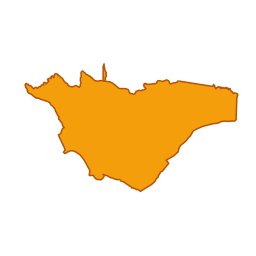 the district of Basoko, Orientale, Democratic Republic of the Congo, rotated 6°
{"feature_id": "63176286B83726148102259", "entity_name": "Basoko", "entity_type": "district", "adm_level": 2, "iso_a3": "COD", "parent_name": "Democratic Republic of the Congo", "parent_adm1": "Orientale", "projection": "orthographic", "projection_center": [23.828, 1.677], "detail": "fine", "context": "isolated", "style": "filled", "palette": "amber", "viewbox_px": 256, "rotation_deg": 6, "n_neighbors": 0, "source": "geoboundaries", "source_scale": "gbopen_adm2", "svg_char_len": 5535}
<svg xmlns="http://www.w3.org/2000/svg" viewBox="0 0 256 256"><g transform="rotate(6 128 128)"><path d="M97.7,66.3L96.8,69.4L97.2,72.7L98.3,83.7L95.5,83.7L94.6,84.0L93.6,84.5L92.5,84.5L91.5,84.5L90.2,84.4L89.0,83.7L88.5,83.1L87.7,82.8L87.2,82.0L86.7,81.9L85.9,81.2L85.4,81.1L85.1,80.6L84.8,80.4L84.1,80.5L83.7,80.2L82.0,79.2L80.9,79.0L80.4,78.8L79.9,78.3L79.7,77.9L78.3,77.1L77.2,76.2L76.8,76.1L76.3,76.4L75.8,77.0L75.5,78.0L75.6,79.2L76.1,81.1L76.0,82.4L75.5,83.0L75.4,83.6L75.7,84.9L75.6,85.9L76.6,88.2L76.2,88.8L76.0,90.1L76.2,91.2L75.7,91.8L75.4,92.6L71.9,91.2L70.6,91.7L68.6,92.9L66.6,92.9L65.2,92.3L64.7,92.3L63.8,91.7L63.7,91.0L63.4,90.6L62.9,90.1L61.9,90.1L61.2,89.3L59.8,88.5L59.6,88.3L59.2,87.5L58.5,86.9L58.1,86.0L57.6,85.5L57.0,85.2L56.3,85.0L55.1,83.8L54.2,83.5L53.6,82.9L52.9,82.8L52.8,82.1L52.2,82.0L51.2,81.5L50.4,81.5L50.0,81.7L49.7,82.2L49.2,82.6L48.9,84.0L49.2,85.0L48.7,85.4L48.4,85.2L47.3,84.2L46.7,84.3L46.2,84.8L46.1,85.2L46.5,86.4L46.4,86.7L45.0,86.5L44.5,86.8L43.8,87.5L43.3,87.6L43.0,88.0L42.9,88.4L42.9,88.6L44.0,89.2L44.0,89.4L44.2,89.7L44.2,90.1L44.1,90.3L43.3,90.7L43.0,91.1L42.5,92.0L42.1,92.4L41.6,92.4L41.1,91.8L40.5,91.4L39.8,91.4L39.6,91.6L39.2,92.3L39.4,93.1L39.4,93.9L39.0,94.3L38.1,94.1L37.8,94.2L37.3,94.6L36.6,96.1L36.2,96.2L35.4,96.3L35.0,96.5L34.3,97.4L33.7,97.9L32.2,97.2L31.6,97.3L30.6,98.4L30.1,98.8L29.7,98.7L28.4,97.3L27.6,96.8L27.0,96.2L26.3,95.9L25.2,96.0L24.9,95.9L24.3,95.1L24.0,94.9L23.0,94.9L22.3,94.3L21.7,94.6L21.2,96.0L21.3,96.4L21.6,97.2L21.9,97.5L22.1,98.4L23.3,99.6L23.8,100.2L24.4,101.8L24.0,101.9L24.9,103.2L25.6,103.7L27.2,104.3L27.9,104.2L28.4,104.7L29.7,105.4L30.6,106.2L31.4,106.5L32.2,107.2L32.9,107.3L33.7,107.9L34.2,107.7L35.4,107.8L35.5,107.6L38.6,108.7L39.5,108.8L45.4,110.1L47.8,111.2L48.9,113.2L50.6,114.0L53.4,116.7L54.2,119.0L55.1,120.0L56.1,121.4L56.2,122.0L56.8,122.9L57.9,123.6L58.1,124.1L57.8,125.1L58.4,126.7L59.7,127.5L60.1,128.5L61.4,129.4L61.9,130.1L62.4,131.3L62.6,132.2L63.0,132.5L63.1,133.0L63.6,133.3L64.4,134.3L63.5,134.8L62.9,135.5L62.2,137.9L62.0,139.2L61.6,140.5L60.6,141.3L59.5,142.3L67.1,154.9L67.8,156.4L66.4,158.7L67.1,159.5L67.9,159.9L69.2,159.2L70.6,158.1L73.2,156.6L76.6,156.6L79.0,157.5L83.2,159.8L87.0,163.6L90.0,167.6L92.4,171.3L93.4,172.5L94.4,174.2L94.6,174.7L94.3,178.3L94.4,178.9L94.6,179.3L96.2,179.1L97.3,178.8L98.6,179.0L99.1,179.5L99.6,180.4L101.1,181.8L101.9,182.2L102.9,182.4L106.4,182.4L107.5,181.5L107.7,181.1L108.5,180.2L109.0,179.4L109.2,178.4L109.0,177.3L108.2,176.8L108.3,176.7L109.5,177.2L110.8,177.5L112.0,177.5L113.8,178.4L114.9,178.7L115.9,179.3L117.9,179.3L119.3,180.0L123.1,180.5L123.6,180.5L124.2,180.2L124.6,180.1L125.8,180.6L126.5,181.5L127.5,181.6L130.3,182.5L131.0,182.9L131.8,183.6L132.6,183.9L134.5,184.9L134.9,185.0L135.0,185.2L135.5,185.6L136.2,185.7L138.0,186.8L138.2,187.3L138.9,187.0L140.6,187.6L141.2,187.6L143.1,188.4L143.7,188.1L144.3,188.2L145.7,188.9L146.9,189.7L148.4,188.5L150.0,187.4L151.5,186.2L157.3,181.7L158.3,180.7L160.3,178.4L161.4,175.6L161.8,175.0L161.9,174.8L162.6,174.5L162.9,174.1L163.1,173.6L163.1,172.5L163.3,171.9L163.8,171.4L164.5,169.9L164.6,169.0L165.3,168.1L166.7,167.4L170.0,162.2L172.2,158.9L171.4,158.2L171.2,157.7L170.5,156.9L169.4,156.4L169.6,155.8L170.4,155.1L172.5,153.8L176.4,150.9L180.3,146.6L180.5,145.5L180.9,142.8L181.7,140.5L182.4,139.4L184.5,137.6L187.3,134.5L189.2,131.3L191.1,128.9L193.1,124.3L194.6,123.0L196.9,121.5L198.0,120.9L200.1,119.8L201.4,118.9L204.7,117.6L211.7,115.0L216.6,113.9L220.0,112.0L222.7,111.1L226.7,111.0L228.2,110.8L229.5,110.3L233.2,110.0L234.2,109.2L234.8,108.1L234.5,107.1L233.1,86.7L233.4,85.9L233.3,85.3L233.7,83.8L233.5,82.9L233.1,82.5L232.3,82.4L231.8,82.1L230.5,82.0L229.3,82.3L228.6,82.3L228.4,82.2L228.4,81.6L228.2,81.4L227.6,81.0L227.2,80.9L226.3,79.8L226.0,79.7L225.6,78.5L225.2,78.2L224.7,78.2L224.5,78.4L224.4,78.9L224.2,79.0L223.7,78.3L223.3,78.7L223.1,78.8L222.9,78.6L222.6,77.9L222.4,77.7L222.2,78.0L222.2,78.4L221.7,78.2L221.4,77.6L221.2,77.5L220.9,78.0L220.7,78.2L220.1,78.1L219.6,78.4L219.3,78.0L219.0,77.9L218.3,78.2L218.0,78.6L217.7,78.5L217.2,77.9L216.9,78.0L216.8,78.7L216.7,78.9L216.4,79.0L216.1,79.0L215.9,78.7L216.1,78.2L215.9,77.6L215.2,77.9L214.5,77.9L213.8,77.4L213.5,77.5L213.2,78.1L212.6,78.2L212.1,78.8L211.8,78.8L211.5,79.5L211.3,79.7L210.9,79.3L210.5,78.5L209.8,77.8L209.7,77.5L209.8,77.0L209.6,76.6L209.0,76.3L208.7,76.0L208.4,76.2L208.3,76.6L208.5,77.4L208.3,77.6L206.8,77.7L194.3,77.1L173.6,76.0L172.8,76.1L172.6,76.5L172.1,77.1L170.8,78.0L169.6,78.0L165.7,79.7L165.0,79.4L164.6,78.8L164.2,77.9L163.3,76.7L161.8,76.2L161.0,76.2L160.5,76.6L159.6,77.0L157.8,78.0L157.0,78.0L154.6,77.7L153.7,77.7L152.9,77.9L151.9,79.2L151.8,80.0L151.2,80.7L149.2,81.4L148.2,81.4L147.4,81.7L144.3,82.3L143.3,82.6L142.5,82.5L140.9,81.8L140.1,82.0L139.5,82.2L139.4,82.5L140.0,82.6L139.9,82.9L139.4,83.4L139.3,84.4L139.6,85.2L140.3,85.6L141.7,87.0L139.4,88.7L138.5,88.6L137.9,88.8L137.2,89.6L136.4,89.6L135.4,89.3L134.4,89.6L133.4,90.4L132.5,90.5L132.2,90.7L131.9,91.9L131.2,92.8L131.1,93.5L129.8,93.8L128.4,93.5L127.5,93.6L127.0,93.2L126.1,93.0L125.8,92.8L125.2,91.8L125.0,91.0L124.3,90.0L123.8,89.6L123.0,89.4L121.1,89.2L119.3,89.2L117.2,89.6L115.0,89.5L114.4,89.3L113.5,88.5L111.4,87.3L110.6,86.5L109.7,86.2L108.5,85.2L107.5,84.8L107.0,84.7L105.6,84.1L104.2,83.9L103.2,84.0L102.4,84.0L101.7,83.8L99.6,83.9L100.3,82.3L100.2,81.4L100.5,79.5L101.0,78.9L101.1,78.5L100.4,76.2L100.4,75.9L100.7,75.7L100.6,75.4L98.8,72.6L98.7,71.3L98.5,71.1L97.5,67.9L97.7,66.3Z" fill="#f59e0b" stroke="#b45309" stroke-width="1.5"/></g></svg>